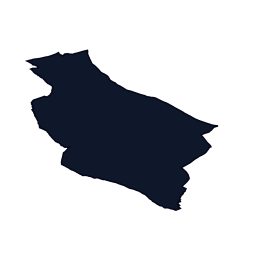 Hof nor, Vestfold, Norway, rotated 164°
{"feature_id": "86288312B12801335052403", "entity_name": "Hof nor", "entity_type": "district", "adm_level": 2, "iso_a3": "NOR", "parent_name": "Norway", "parent_adm1": "Vestfold", "projection": "equal_earth", "projection_center": [10.058, 59.556], "detail": "fine", "context": "isolated", "style": "filled", "palette": "ink", "viewbox_px": 256, "rotation_deg": 164, "n_neighbors": 0, "source": "geoboundaries", "source_scale": "gbopen_adm2", "svg_char_len": 5765}
<svg xmlns="http://www.w3.org/2000/svg" viewBox="0 0 256 256"><g transform="rotate(164 128 128)"><path d="M145.6,213.8L149.2,214.0L157.5,214.0L158.4,214.2L160.9,214.0L161.4,214.1L161.9,214.5L162.4,214.4L162.6,214.6L163.5,214.7L163.8,215.2L164.6,215.4L165.3,216.0L166.1,216.0L166.4,216.2L167.3,216.2L168.0,216.6L168.5,216.4L169.2,216.3L169.3,216.2L169.2,215.8L169.5,215.7L170.2,215.2L171.3,215.7L171.7,216.3L172.4,216.3L173.7,218.1L173.9,218.6L174.0,219.4L174.1,219.6L176.9,219.0L177.9,218.9L181.8,218.6L185.2,218.5L188.5,218.9L190.6,218.9L194.5,219.2L199.2,220.0L200.9,220.1L202.4,220.0L204.3,220.2L206.6,220.2L204.6,218.5L204.4,218.3L204.3,218.0L202.7,216.6L202.3,215.8L202.1,215.7L202.2,215.3L201.8,215.3L201.6,215.1L201.3,215.1L201.2,214.8L200.9,214.9L200.9,214.5L200.3,214.3L199.3,213.5L198.9,213.0L198.6,213.0L197.9,212.5L197.9,211.7L197.5,210.8L197.5,210.7L198.9,210.6L200.4,210.8L202.7,211.4L202.9,211.6L205.2,211.4L204.9,211.1L204.7,211.0L204.4,210.2L203.9,209.5L203.5,208.5L203.5,208.3L203.4,208.1L203.3,207.9L203.0,207.7L202.9,207.1L202.6,206.7L202.2,206.5L202.0,205.8L201.8,205.6L200.4,204.9L200.6,204.6L200.5,204.3L200.3,204.2L199.9,203.3L198.6,202.6L198.6,202.1L198.4,201.8L198.2,201.2L197.1,200.3L197.0,200.0L196.7,199.9L196.1,199.4L195.9,199.0L195.8,198.5L195.5,198.1L195.3,197.6L194.8,197.2L194.7,196.2L194.4,196.1L194.0,195.3L194.0,194.9L193.0,193.5L192.6,192.8L192.0,192.5L191.7,192.0L191.2,191.6L190.6,190.9L190.4,190.8L189.9,190.1L189.8,189.8L189.0,189.1L189.0,188.5L189.6,186.9L190.8,185.0L191.1,183.7L191.4,183.2L193.2,181.9L194.0,181.0L195.7,180.6L196.8,180.0L197.5,180.3L197.9,180.3L198.4,180.7L198.9,180.7L199.2,181.1L199.7,181.5L201.1,181.3L211.3,180.8L211.7,180.4L212.1,180.3L213.9,178.9L213.7,178.5L213.9,177.9L213.7,177.6L214.0,177.4L213.5,175.9L213.3,175.9L213.4,175.5L214.0,175.2L214.1,174.9L214.0,173.9L214.0,173.3L213.9,173.1L213.4,172.8L213.7,172.5L213.7,172.3L214.1,172.2L214.7,171.9L215.1,172.0L215.0,171.3L214.5,170.5L214.6,170.4L214.1,169.9L214.3,168.5L214.2,168.0L213.9,167.5L213.9,167.0L214.2,165.5L213.7,164.5L212.5,159.1L213.0,157.1L212.7,156.6L212.3,155.2L212.5,154.8L212.6,153.9L212.7,153.7L212.5,153.4L212.8,152.7L212.0,152.0L211.4,151.8L210.5,150.8L209.9,150.8L209.9,150.4L208.5,149.2L208.1,148.7L207.1,147.9L206.7,147.4L206.6,146.5L206.1,145.8L205.8,145.1L205.2,143.1L204.9,142.7L205.0,142.4L204.5,141.7L203.4,139.1L202.8,138.2L201.2,135.0L200.6,134.7L199.8,133.7L198.8,133.2L197.9,132.1L197.4,131.2L197.0,130.3L197.1,130.0L197.0,129.7L196.7,129.5L195.4,128.9L195.3,128.4L194.3,127.1L193.4,126.8L192.8,126.8L191.2,126.0L190.6,125.8L189.9,125.8L192.3,124.1L194.8,122.6L196.8,121.9L197.8,120.1L197.9,119.5L198.6,118.7L199.2,117.3L199.8,116.6L200.7,114.8L201.0,114.3L201.1,113.9L201.4,113.5L201.4,112.7L201.8,111.4L200.4,110.2L199.8,109.5L199.0,109.0L197.9,107.7L196.7,106.7L194.3,103.9L193.3,103.1L192.8,102.9L192.1,102.2L191.5,101.8L190.8,101.1L190.6,100.8L189.9,100.3L189.3,99.4L188.2,98.7L188.1,98.3L187.8,97.9L187.3,97.6L186.9,97.0L185.7,96.1L184.7,94.9L181.9,94.2L181.0,93.8L180.4,93.6L178.9,92.5L176.7,91.4L176.4,91.1L175.7,90.6L175.5,90.3L174.6,89.5L173.7,89.1L172.6,88.9L172.0,88.9L171.0,88.6L170.6,88.6L170.1,88.0L169.9,87.9L166.9,85.8L165.7,85.2L164.2,84.8L162.9,83.7L161.8,83.2L160.2,82.1L159.2,81.6L157.6,80.6L154.8,79.1L154.1,78.6L152.1,77.0L150.8,76.1L150.2,75.7L149.2,75.0L148.1,74.3L147.3,73.7L143.1,69.8L139.5,67.8L136.4,65.4L135.0,64.5L134.0,63.4L133.2,62.8L132.0,61.1L131.4,60.7L130.1,59.7L129.1,58.3L127.9,56.4L126.9,54.3L126.4,53.7L125.8,53.2L125.2,52.5L124.5,50.8L122.7,49.1L121.1,47.0L120.5,46.5L118.8,44.7L117.4,44.0L116.6,43.7L115.2,41.7L114.7,41.2L113.9,40.9L113.1,40.9L112.9,40.8L112.9,40.7L112.0,40.5L111.7,40.3L111.2,40.0L110.5,39.8L110.5,39.7L110.2,39.5L109.7,39.3L109.3,38.7L108.8,38.4L108.5,38.4L107.7,38.0L107.6,37.9L107.1,37.7L105.6,36.6L105.5,36.3L104.4,35.8L103.4,36.0L102.6,36.0L99.9,36.3L100.6,37.4L100.9,37.6L100.9,37.8L101.0,38.0L101.0,38.8L101.0,39.0L100.3,39.2L99.8,39.4L100.0,39.6L100.0,39.8L100.8,40.7L100.7,41.4L101.1,41.6L100.7,42.1L101.0,42.4L101.0,42.5L100.1,42.6L99.6,42.6L98.7,42.9L98.4,42.8L97.9,42.8L97.9,43.1L98.1,43.3L98.2,43.6L98.5,43.8L98.6,44.1L97.6,44.6L97.9,44.9L97.8,45.1L97.9,45.3L97.7,45.7L97.7,45.9L96.9,46.9L96.5,47.2L96.6,47.6L96.1,47.8L96.1,48.0L95.8,48.3L95.1,48.8L94.0,49.0L93.9,49.1L93.9,49.3L93.3,49.6L93.0,49.9L92.8,50.3L92.6,50.6L91.4,51.3L90.5,51.6L90.3,52.1L89.8,52.8L89.0,53.5L89.9,54.5L91.0,55.3L91.6,56.0L91.8,56.7L91.8,57.1L91.6,57.4L86.4,60.1L83.8,61.9L83.1,62.8L83.2,66.6L84.3,69.8L87.7,75.2L78.0,77.5L76.9,77.9L72.4,79.7L69.0,80.6L67.4,81.2L64.3,81.7L61.3,82.5L59.4,83.4L58.7,84.0L55.1,86.8L54.6,87.0L53.5,87.1L53.6,87.9L54.5,89.8L56.1,92.5L57.4,96.0L59.8,101.4L55.0,101.8L52.2,101.8L51.6,102.0L51.2,101.9L51.1,102.1L48.3,103.1L47.1,104.0L45.2,105.1L40.9,105.2L44.6,106.7L45.8,107.4L47.3,108.1L48.3,109.0L50.2,110.2L57.8,115.5L59.2,116.7L60.4,117.6L61.3,118.4L64.0,121.1L64.9,122.1L66.8,123.8L68.0,125.1L69.5,126.4L71.0,128.2L74.6,131.8L77.3,134.4L77.9,134.9L78.5,135.8L79.1,136.3L80.9,138.2L81.7,138.8L82.8,140.1L83.2,140.3L83.9,141.1L87.0,143.4L88.4,144.7L89.1,145.3L93.2,149.1L93.6,149.4L94.0,149.5L95.5,150.4L96.9,150.7L98.0,151.4L101.1,152.8L103.5,154.8L105.1,155.6L106.7,156.6L115.4,162.7L116.6,163.3L118.9,164.7L124.1,170.4L126.1,172.1L126.7,172.7L127.6,174.2L127.7,174.5L128.2,175.1L129.3,175.9L132.0,178.7L133.0,182.4L133.6,183.8L136.0,186.4L136.9,187.1L138.5,188.7L138.9,189.2L140.7,193.2L141.3,194.1L141.4,194.4L141.6,194.6L142.1,195.6L142.8,196.8L143.7,198.0L144.5,198.8L144.8,199.3L144.9,199.5L144.9,199.8L145.2,200.4L145.5,203.1L145.8,204.2L146.0,204.6L146.0,205.0L145.9,205.7L146.3,207.6L146.3,208.4L146.4,208.6L146.5,210.6L146.3,211.0L145.6,213.2L145.6,213.8Z" fill="#0f172a" stroke="#020617" stroke-width="1.5"/></g></svg>